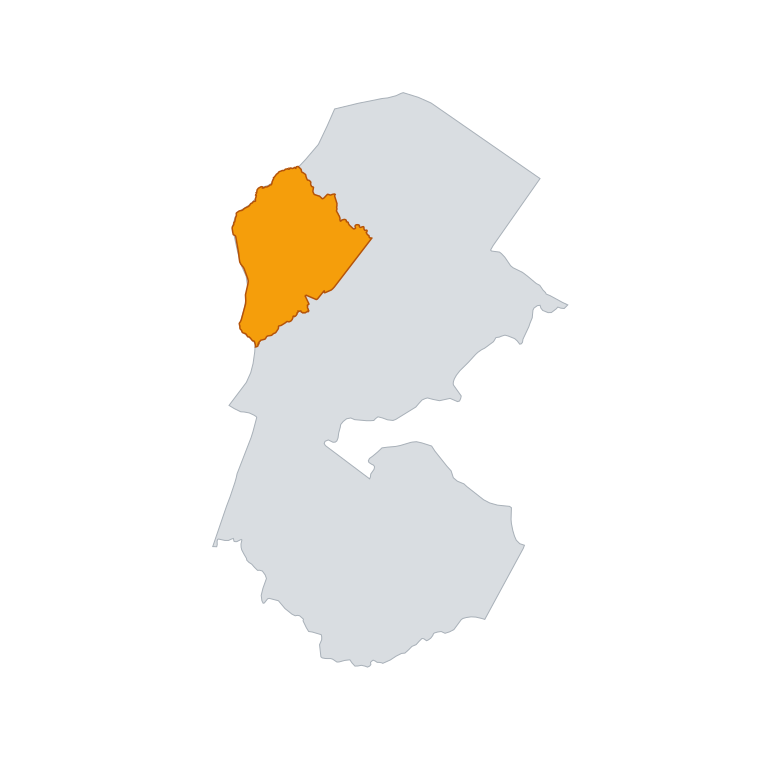 location of Southern within Zambia, rotated 126°
{"feature_id": "ZMB-522", "entity_name": "Southern", "entity_type": "Province", "adm_level": 1, "iso_a3": "ZMB", "parent_name": "Zambia", "parent_adm1": "", "projection": "albers", "projection_center": [26.307, -16.684], "detail": "fine", "context": "in_parent", "style": "filled", "palette": "amber", "viewbox_px": 768, "rotation_deg": 126, "n_neighbors": 0, "source": "natural_earth", "source_scale": "10m", "svg_char_len": 9689}
<svg xmlns="http://www.w3.org/2000/svg" viewBox="0 0 768 768"><g transform="rotate(126 384 384)"><path d="M492.4,496.8L463.6,496.3L453.1,498.5L444.5,501.9L434.1,507.4L428.1,511.2L426.5,513.3L425.6,518.1L425.5,525.4L424.4,530.7L421.3,535.5L405.7,541.2L395.5,545.9L385.5,551.5L377.9,558.8L372.7,567.8L364.1,579.0L346.2,599.0L335.9,602.7L327.3,601.8L316.8,597.6L308.6,596.8L302.4,599.4L296.8,598.6L291.5,594.4L287.2,592.9L283.7,594.1L279.2,593.9L270.9,591.6L263.7,584.5L259.9,581.6L256.9,580.5L248.3,579.4L228.7,577.9L208.4,581.7L190.5,585.6L172.1,569.9L154.2,553.4L150.4,549.2L143.7,543.7L138.8,541.0L137.0,539.7L131.9,524.7L129.0,511.0L126.1,378.5L207.7,377.1L213.0,376.5L213.2,375.1L209.4,368.1L209.5,365.6L210.4,360.8L213.9,351.1L214.1,347.9L212.3,337.5L212.4,331.7L213.2,319.9L212.6,316.0L214.5,310.7L215.1,307.1L215.9,305.6L214.9,301.6L213.1,287.7L212.0,281.8L217.0,282.6L218.7,285.5L219.6,288.6L221.9,288.8L227.8,290.6L229.8,293.2L231.2,298.7L230.4,301.6L228.6,304.0L230.5,306.0L234.4,307.3L236.7,306.9L243.3,303.0L249.4,301.5L252.5,300.5L266.1,297.9L268.8,296.5L270.7,296.5L272.0,297.6L270.8,301.6L270.5,305.1L272.2,311.8L273.4,314.9L276.3,317.1L278.3,318.3L280.6,320.7L285.4,320.3L295.8,323.6L298.9,325.2L303.3,326.7L306.4,327.3L317.1,328.5L328.5,330.4L334.3,330.6L338.5,330.1L341.4,329.2L343.2,328.1L344.0,327.2L348.3,314.5L350.5,313.5L353.3,312.9L355.0,314.1L356.8,322.1L364.9,329.3L367.7,335.4L369.7,340.6L371.4,342.0L374.5,343.8L379.5,344.4L383.9,344.7L405.8,353.7L408.2,355.3L410.9,360.1L412.4,365.4L414.1,369.6L416.9,370.5L419.5,370.8L421.9,373.7L423.8,376.3L430.1,386.8L431.0,390.9L434.1,393.8L438.3,395.0L442.3,395.2L444.6,394.0L450.2,391.9L454.6,389.5L457.8,388.7L459.7,389.3L461.1,391.0L462.0,396.2L465.0,398.0L467.3,397.4L468.2,395.4L468.3,394.3L469.2,339.9L467.2,340.3L464.6,341.8L458.8,341.9L456.5,343.0L455.8,344.7L456.2,347.0L456.3,350.1L455.4,351.5L452.8,352.0L449.2,350.8L442.5,349.1L436.9,348.1L433.0,344.0L427.6,337.8L424.1,334.6L415.6,328.1L414.2,326.8L411.6,323.8L409.4,318.7L407.4,312.7L406.2,309.0L408.4,303.3L413.6,284.5L414.8,278.7L419.1,272.8L419.5,267.5L417.8,260.6L418.3,256.9L419.1,235.4L418.1,228.6L415.3,221.0L409.2,210.5L409.2,208.2L418.9,201.6L421.9,199.0L426.9,193.6L430.4,189.0L432.6,185.2L433.4,180.3L431.9,175.6L435.2,174.7L515.2,164.1L516.3,167.3L518.6,172.7L521.2,176.7L524.6,180.2L527.4,182.4L529.4,183.0L541.6,183.1L546.0,185.3L549.8,188.1L550.6,192.2L553.1,194.8L555.8,196.9L556.9,197.2L558.9,196.7L562.2,196.8L565.2,197.8L566.7,198.7L566.7,202.1L567.6,203.7L571.7,204.4L575.9,204.8L579.9,207.2L584.3,207.8L589.4,208.9L591.7,211.5L597.0,214.2L603.6,216.7L610.7,220.8L610.9,222.0L612.0,224.2L613.2,225.9L613.3,228.3L613.8,230.5L615.7,231.1L617.2,231.3L618.7,229.7L620.6,229.8L622.7,230.9L623.4,233.5L624.9,237.0L627.5,239.4L629.3,241.7L628.5,245.8L627.2,249.5L630.7,253.3L635.3,257.0L636.6,258.6L636.8,263.8L637.4,265.6L640.5,270.0L641.9,273.0L641.8,274.7L632.8,282.9L627.5,284.1L625.1,285.8L623.7,287.5L626.8,296.2L628.5,299.5L626.8,303.6L623.2,310.3L621.6,310.9L621.1,316.1L622.1,318.1L623.7,319.6L624.3,323.2L623.9,332.0L621.4,342.0L624.9,350.9L626.2,351.9L631.5,352.1L632.4,352.9L631.1,355.4L627.2,359.1L620.3,361.9L610.4,364.8L608.3,367.9L606.8,372.5L607.8,375.2L609.1,376.8L608.5,380.9L607.5,385.1L607.7,388.4L607.2,391.4L605.9,392.8L604.0,397.2L601.8,401.6L600.1,403.6L597.6,405.6L593.7,407.3L593.7,408.2L598.0,410.4L599.1,411.9L599.4,412.9L597.5,415.1L599.5,416.5L601.9,417.8L604.1,420.8L606.6,426.5L607.1,427.1L607.8,427.2L609.3,426.6L612.0,424.5L614.0,423.7L616.2,427.0L575.3,439.6L565.7,442.2L551.4,446.7L546.8,448.4L543.0,450.1L505.2,460.1L499.3,462.1L485.9,467.3L485.5,468.2L485.6,470.8L486.6,476.0L488.9,480.8L490.7,483.6L491.9,490.6L492.4,496.8Z" fill="#d9dde1" stroke="#a8b0b8" stroke-width="1"/><path d="M429.6,509.8L429.0,510.1L427.5,511.5L426.6,512.7L426.4,513.0L425.8,513.9L425.7,514.4L425.8,514.8L426.2,515.4L426.3,515.6L426.0,517.1L425.4,519.0L425.2,520.8L425.9,522.1L424.8,524.5L424.7,525.4L424.8,526.2L425.5,528.1L425.5,529.1L424.4,530.8L424.3,531.2L424.0,532.8L423.4,533.5L421.7,534.8L421.3,535.5L420.1,536.7L419.5,536.8L418.2,536.8L416.2,537.1L400.5,543.1L397.6,545.0L393.3,548.5L382.8,553.0L380.5,554.3L378.8,556.2L372.9,565.0L372.2,566.5L371.3,570.1L370.1,572.4L367.8,574.7L363.4,578.7L352.0,590.5L351.6,591.1L351.5,591.6L351.6,592.7L351.7,593.8L350.2,595.5L347.4,598.3L346.2,599.0L345.6,599.1L343.6,599.2L343.1,599.4L341.5,600.4L340.5,600.1L336.5,602.0L335.5,602.1L334.8,602.3L334.2,602.6L333.0,603.7L332.5,603.9L331.9,603.8L329.4,603.0L328.8,602.6L328.2,602.1L327.5,601.4L326.9,600.9L326.2,600.6L325.1,600.4L323.3,599.8L320.0,598.0L318.1,597.7L316.5,597.9L316.2,597.8L315.9,597.5L315.6,597.3L315.2,597.1L313.2,596.9L312.8,596.7L312.6,596.5L312.3,596.0L312.0,595.7L311.6,595.5L311.3,595.7L309.7,596.9L309.4,597.1L308.4,597.3L307.7,597.7L306.9,597.9L306.7,598.0L306.7,598.7L306.7,598.9L306.1,599.1L305.3,599.1L304.6,599.3L304.3,599.8L304.0,599.5L301.7,600.7L301.2,600.8L299.4,600.7L296.8,599.5L296.3,599.0L296.0,598.3L296.1,597.6L296.8,597.4L296.2,596.6L294.2,595.8L293.8,595.1L293.4,594.6L292.6,594.1L291.6,593.6L290.0,593.2L289.5,592.7L289.0,592.3L287.9,592.5L285.7,593.5L282.8,594.0L282.5,594.1L282.2,594.6L281.9,594.7L281.7,594.6L281.3,594.4L281.0,594.3L277.8,594.3L277.4,594.3L275.9,593.7L274.6,593.8L274.2,593.7L273.4,593.3L272.0,592.3L271.2,591.9L270.9,591.6L270.7,591.1L270.2,590.6L269.6,590.2L269.0,590.1L268.3,590.1L268.0,589.9L267.4,589.2L267.2,589.0L266.7,588.8L266.5,588.6L266.5,588.3L266.5,587.7L266.4,587.5L265.7,586.8L265.4,586.8L265.1,587.4L264.9,587.1L264.7,586.7L264.4,586.5L264.0,586.4L263.6,584.9L263.4,584.8L262.7,584.1L262.5,583.9L262.0,583.9L261.7,583.9L261.5,583.7L261.2,583.4L261.2,583.1L261.5,582.3L261.4,582.1L260.9,582.2L260.1,582.5L259.7,582.5L259.0,581.9L258.5,581.2L258.9,578.1L259.1,577.2L259.7,576.5L260.2,576.0L260.4,575.7L260.7,575.3L260.8,574.9L260.9,574.6L260.8,574.3L260.6,573.9L260.6,573.5L260.6,571.1L260.7,570.6L260.8,570.3L261.1,569.9L261.8,569.4L261.9,569.2L262.7,568.0L263.1,567.5L263.9,566.0L263.9,565.7L263.9,565.4L263.7,565.1L263.4,564.8L263.3,564.4L263.3,563.9L263.4,562.8L263.6,562.2L263.7,561.9L264.1,561.6L265.2,561.0L265.5,560.7L265.8,560.4L266.3,559.6L266.5,559.0L266.7,558.6L266.7,558.3L266.6,558.1L266.4,557.6L266.3,557.3L266.4,556.6L266.8,556.4L267.2,556.2L267.6,556.0L269.8,554.9L270.1,554.6L270.5,554.1L271.2,552.8L271.5,552.2L271.6,551.7L270.3,547.5L270.1,547.1L269.9,546.6L270.0,545.9L270.3,543.7L270.4,543.2L270.3,542.8L270.2,542.6L269.8,542.4L269.4,542.1L268.6,541.9L264.1,541.3L263.8,541.2L263.6,541.0L263.1,539.9L263.0,539.4L262.8,538.7L262.7,538.5L262.4,538.2L260.9,537.2L259.5,535.9L259.3,535.3L259.4,535.1L259.4,534.9L259.5,534.9L260.3,534.7L260.7,534.6L261.2,534.1L265.6,528.2L265.9,527.9L266.7,527.5L267.5,526.8L267.7,526.7L268.4,526.5L268.6,526.4L269.1,526.0L270.0,525.0L270.2,524.9L270.6,524.7L271.3,524.5L271.9,524.2L272.1,523.9L272.4,523.3L273.5,520.8L273.6,520.7L274.0,520.0L274.5,518.8L274.7,518.5L275.0,518.1L275.3,517.8L275.6,517.2L276.0,516.9L276.7,516.5L276.9,516.3L277.8,515.2L277.7,514.8L277.5,514.7L277.0,514.6L276.2,514.5L276.0,514.4L275.6,514.1L275.3,513.8L274.4,513.1L274.1,512.7L273.9,512.3L273.8,512.1L273.7,511.5L273.7,511.0L273.8,510.7L274.0,510.5L274.4,510.2L274.6,510.0L274.8,509.7L274.5,509.1L274.4,508.8L274.3,508.2L274.4,507.8L274.6,507.6L275.0,507.2L275.3,506.7L275.8,505.5L276.4,500.7L276.4,500.1L276.4,499.9L276.1,499.5L275.9,499.2L275.5,498.9L275.3,498.8L274.8,498.7L274.6,498.7L274.4,498.9L273.5,500.1L273.1,500.3L272.6,500.4L272.1,500.3L271.6,500.1L271.3,499.8L271.0,499.5L270.4,498.6L270.3,498.3L270.1,497.6L270.2,497.3L270.3,497.0L270.9,496.7L271.0,496.5L271.2,496.2L271.3,495.6L271.2,495.2L270.8,494.7L270.2,494.4L269.3,493.7L269.1,493.5L268.9,493.3L268.8,492.9L268.9,492.6L269.0,492.4L270.2,491.4L270.4,491.2L270.6,490.9L270.8,490.4L270.9,490.0L270.8,489.8L270.6,489.4L269.8,488.6L269.7,488.2L269.9,487.8L270.0,487.7L270.9,487.3L271.1,487.3L271.7,487.5L271.9,487.4L272.0,487.2L272.6,486.0L272.7,485.7L272.9,485.1L272.9,484.6L272.8,484.0L272.8,483.6L272.9,483.3L273.1,483.1L273.8,482.4L274.0,482.0L274.1,481.7L274.1,481.4L273.9,481.0L273.4,480.3L273.2,479.6L334.7,481.2L337.2,481.5L338.9,481.9L344.7,485.3L345.1,485.7L345.1,486.0L344.1,486.8L343.9,487.1L344.3,487.3L354.4,487.8L355.5,488.5L357.7,498.3L357.7,498.8L358.2,499.0L358.6,499.6L359.4,499.2L359.5,498.8L363.4,491.7L363.6,491.7L364.4,492.0L365.1,492.3L365.3,492.3L365.5,492.2L365.7,491.8L365.8,491.6L366.0,491.5L366.5,491.4L367.1,490.8L367.5,490.5L367.7,490.1L367.9,489.4L368.0,489.2L368.6,488.9L368.7,488.7L368.8,488.1L369.0,487.9L369.3,487.8L370.0,487.8L370.3,488.1L370.2,488.5L370.3,488.7L370.6,488.8L372.8,489.6L373.0,489.8L373.1,490.0L373.2,490.5L373.4,490.9L374.1,491.2L374.2,491.3L374.2,491.6L374.2,492.5L374.3,492.9L374.4,493.1L374.3,493.4L373.9,493.8L373.8,494.0L373.9,494.4L374.9,495.3L375.1,495.6L375.3,496.0L375.6,496.4L376.0,495.9L376.3,495.8L377.0,495.8L377.5,496.0L377.8,496.1L378.2,495.6L378.4,495.5L380.2,495.4L381.2,495.6L382.1,496.1L381.9,496.5L382.0,496.8L382.3,497.1L382.7,497.3L384.1,496.6L385.8,496.2L387.6,496.3L389.2,497.1L389.8,497.8L390.1,498.6L390.6,499.3L391.4,499.5L392.3,499.7L396.5,501.4L397.3,501.8L398.6,503.0L399.0,503.2L399.4,503.2L400.7,502.3L401.4,502.0L405.7,501.8L406.6,502.0L407.1,502.3L407.9,502.9L408.4,503.1L410.0,503.4L410.7,503.6L411.4,504.2L413.2,506.1L414.0,506.6L414.8,506.8L416.6,506.6L417.4,506.6L418.0,506.9L420.9,509.3L421.3,509.5L421.5,509.5L422.3,509.4L422.6,509.5L423.3,509.7L423.7,509.7L423.9,509.6L424.1,509.3L424.4,509.1L424.9,509.5L425.0,509.0L425.4,508.8L425.9,508.9L426.3,509.1L427.1,508.4L428.1,508.6L429.0,509.2L429.6,509.8Z" fill="#f59e0b" stroke="#b45309" stroke-width="1.5"/></g></svg>